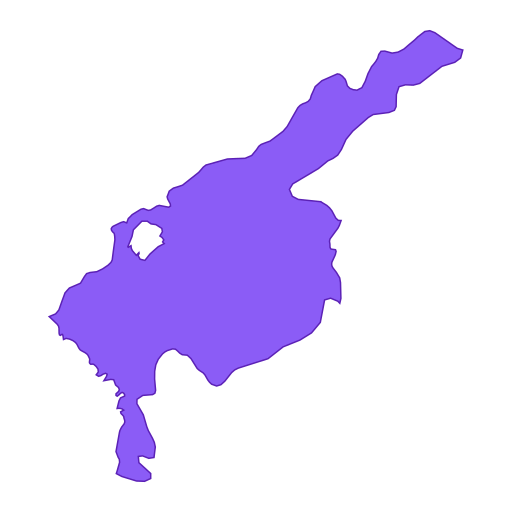 outline of Tashkent
{"feature_id": "UZB-372", "entity_name": "Tashkent", "entity_type": "Region", "adm_level": 1, "iso_a3": "UZB", "parent_name": "Uzbekistan", "parent_adm1": "", "projection": "orthographic", "projection_center": [69.658, 41.236], "detail": "fine", "context": "isolated", "style": "filled", "palette": "violet", "viewbox_px": 512, "rotation_deg": 0, "n_neighbors": 0, "source": "natural_earth", "source_scale": "10m", "svg_char_len": 4776}
<svg xmlns="http://www.w3.org/2000/svg" viewBox="0 0 512 512"><path d="M462.3,49.9L462.8,50.0L460.6,58.0L454.8,62.3L441.9,66.3L419.8,83.4L413.3,85.1L405.5,84.8L399.0,86.7L396.4,94.5L396.1,106.7L394.4,110.3L388.9,112.5L373.2,114.5L368.3,117.5L352.8,131.1L346.0,139.4L341.4,149.5L337.7,155.1L333.0,158.4L327.8,160.9L318.4,168.6L292.7,183.9L289.4,189.4L292.3,196.3L298.2,199.4L320.7,201.7L320.8,201.7L320.8,201.8L326.8,205.4L329.5,207.8L331.9,210.8L335.8,218.1L338.3,220.4L341.1,220.5L339.3,225.5L337.9,228.2L330.1,238.8L329.7,240.0L329.5,241.5L329.9,244.0L330.0,247.3L330.5,248.4L331.1,249.1L335.5,249.7L336.1,251.4L335.4,254.4L334.9,255.7L331.9,262.2L331.7,263.5L331.7,264.9L332.1,266.4L333.1,268.1L336.4,272.4L339.7,277.9L340.5,282.6L340.9,298.4L339.8,303.3L337.8,301.2L330.6,298.2L324.6,299.9L320.3,322.4L311.5,332.9L299.9,340.1L283.2,346.8L268.0,358.7L238.3,368.1L234.7,369.9L231.6,372.6L224.8,381.2L220.9,384.7L216.6,386.0L211.6,384.2L209.6,382.3L207.9,380.1L205.0,375.0L203.2,372.9L199.1,370.2L197.2,368.5L191.0,358.6L187.3,355.2L182.2,354.7L179.7,353.1L177.6,351.0L175.5,349.2L172.6,348.9L167.3,350.6L164.8,352.0L162.5,353.9L158.3,359.2L155.8,364.8L154.7,371.2L154.6,379.0L155.6,390.3L154.9,393.2L152.6,394.6L142.8,395.4L137.0,399.3L136.9,403.7L143.3,414.8L146.8,426.8L148.3,430.6L152.5,438.3L154.3,442.3L155.3,447.0L154.0,457.5L148.8,458.3L142.6,455.9L138.3,456.4L138.9,462.7L150.7,473.5L150.7,478.5L144.6,481.3L136.5,481.0L121.9,476.5L116.3,473.6L117.2,470.8L119.6,462.3L119.3,459.2L118.2,457.4L116.0,451.6L119.5,432.1L119.9,430.6L120.9,428.5L121.8,426.9L124.1,423.9L124.8,422.0L124.6,420.1L124.0,418.3L123.7,416.5L122.7,415.2L121.0,413.5L120.6,411.8L123.7,410.1L122.2,409.0L120.6,408.5L118.9,408.3L117.1,408.5L119.0,400.9L120.5,397.9L124.6,396.1L124.6,394.6L123.6,393.1L122.1,392.4L120.5,393.3L118.8,395.0L117.2,396.2L116.0,395.4L116.0,393.8L118.7,391.3L119.3,389.5L118.5,387.5L115.6,385.0L113.7,379.7L110.7,379.4L103.9,380.7L106.5,376.4L107.2,374.2L105.6,373.3L103.2,374.1L100.9,375.6L98.6,376.3L96.2,374.8L98.3,372.0L98.0,369.1L96.2,366.5L94.0,364.5L92.9,364.1L91.7,364.2L90.6,364.2L89.6,363.1L89.4,362.2L89.7,359.7L89.6,358.7L88.0,355.3L87.1,354.2L85.3,352.8L81.1,350.5L80.0,349.7L78.8,348.0L77.0,344.4L75.5,342.5L73.1,340.7L69.6,339.1L66.1,338.4L63.5,339.5L63.0,335.8L62.5,334.4L61.8,334.4L60.4,335.4L59.5,334.9L59.1,333.3L59.0,328.2L58.5,326.1L57.2,324.2L49.2,316.6L50.6,316.0L55.6,313.9L57.3,311.9L58.9,309.9L61.9,301.4L65.0,292.9L67.2,290.4L69.4,288.0L75.0,285.6L80.5,283.2L82.5,279.8L84.6,276.3L85.6,275.0L86.6,273.6L88.3,273.1L90.0,272.5L93.4,272.1L96.8,271.7L99.7,270.3L102.6,268.9L105.4,267.0L108.2,265.1L109.5,263.8L110.9,262.5L111.6,261.2L112.2,260.0L113.5,249.9L114.9,239.8L114.8,238.0L114.7,236.3L114.5,235.0L114.3,233.8L114.1,233.4L113.9,233.0L113.5,232.7L113.1,232.4L112.4,231.5L111.6,230.5L111.4,229.7L111.2,228.8L111.6,228.0L112.0,227.3L112.6,226.7L113.3,226.2L117.0,224.4L120.7,222.6L122.2,222.1L123.7,221.7L125.2,222.3L126.7,222.9L127.5,220.7L128.3,218.5L130.3,216.6L132.2,214.6L136.6,211.9L141.0,209.2L142.3,208.9L143.6,208.6L145.9,209.5L148.3,210.4L149.4,210.2L150.6,210.0L153.7,208.1L156.8,206.1L158.0,205.8L159.2,205.4L163.9,206.3L168.7,207.2L169.6,206.6L170.5,206.1L170.4,205.0L170.3,203.9L169.0,201.5L167.7,199.0L167.4,197.9L167.1,196.8L168.2,194.0L169.2,191.2L171.3,189.6L173.4,188.1L178.0,186.7L182.5,185.2L190.6,178.8L198.7,172.4L201.0,169.8L203.3,167.1L204.6,166.1L206.0,165.0L216.7,162.0L227.4,159.0L236.3,158.6L245.1,158.3L248.4,156.9L251.7,155.5L254.1,152.6L256.5,149.7L257.6,148.1L258.7,146.4L259.9,145.4L261.2,144.4L265.6,142.7L270.0,141.1L276.6,136.2L283.2,131.2L285.1,128.9L287.2,126.5L292.5,117.1L297.8,107.8L298.9,106.6L300.1,105.4L301.4,104.6L302.8,103.8L304.2,103.3L305.6,102.8L306.9,102.1L308.2,101.4L309.2,100.2L310.2,99.1L310.8,97.2L311.3,95.4L313.3,91.0L315.2,86.6L318.5,83.7L321.9,80.7L329.6,77.3L337.3,73.9L338.4,74.1L339.6,74.3L341.1,75.3L342.5,76.3L343.8,77.8L345.1,79.2L345.7,80.5L346.2,81.9L346.8,83.9L347.4,85.9L348.6,87.1L349.9,88.4L351.5,89.0L353.2,89.7L355.1,89.9L357.0,90.2L359.4,88.9L361.9,87.7L363.5,84.6L365.2,81.4L366.6,77.5L368.0,73.6L369.8,70.1L371.6,66.6L373.8,64.0L375.9,61.3L376.7,59.8L377.6,58.4L378.2,56.4L378.8,54.4L379.9,52.9L381.0,51.3L382.9,51.2L384.8,51.1L388.5,52.1L392.1,53.1L395.1,52.6L398.1,52.1L401.0,50.6L404.0,49.0L409.2,44.5L414.5,40.1L417.9,36.8L424.8,31.5L429.8,30.7L434.9,32.7L457.2,48.3L462.3,49.9ZM144.9,260.4L150.0,254.0L158.2,246.7L164.2,243.6L162.6,241.9L163.8,239.9L162.1,237.5L159.9,236.0L162.4,231.8L161.8,228.4L155.9,224.6L151.0,223.9L147.3,221.2L141.9,221.2L133.4,229.8L132.0,236.5L127.8,246.8L128.3,247.3L131.0,245.7L131.3,248.3L132.4,250.7L136.3,255.3L138.9,252.6L139.1,253.5L138.1,255.6L140.1,259.2L144.9,260.4Z" fill="#8b5cf6" stroke="#5b21b6" stroke-width="1.5"/></svg>